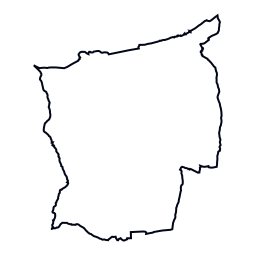 the district of Livezi, Vâlcea, Romania
{"feature_id": "2599482B52258846175967", "entity_name": "Livezi", "entity_type": "district", "adm_level": 2, "iso_a3": "ROU", "parent_name": "Romania", "parent_adm1": "Vâlcea", "projection": "albers", "projection_center": [23.831, 44.84], "detail": "fine", "context": "isolated", "style": "outline", "palette": "ink", "viewbox_px": 256, "rotation_deg": 0, "n_neighbors": 0, "source": "geoboundaries", "source_scale": "gbopen_adm2", "svg_char_len": 5659}
<svg xmlns="http://www.w3.org/2000/svg" viewBox="0 0 256 256"><path d="M216.7,166.8L217.1,163.7L217.1,161.8L217.4,159.3L217.3,155.9L217.8,154.4L218.3,151.7L219.9,150.7L219.7,150.1L220.0,149.8L220.2,148.8L220.0,148.1L219.6,147.5L219.5,147.1L219.9,146.1L220.6,145.1L219.8,142.1L220.0,141.2L220.3,140.5L220.4,139.6L219.6,137.0L219.1,132.7L219.7,130.4L220.0,127.2L220.8,125.4L221.5,122.0L221.5,120.3L221.1,118.2L221.1,117.5L221.6,116.0L221.4,112.1L220.9,108.6L220.4,106.9L219.7,103.4L218.8,101.3L217.6,97.8L217.6,96.7L217.9,95.5L219.3,91.8L218.9,89.0L218.1,87.3L217.5,84.2L216.8,83.0L216.6,82.5L216.6,79.2L216.4,78.3L216.6,77.5L216.6,76.7L217.0,75.0L216.8,72.7L216.2,71.5L215.8,69.8L215.6,69.3L215.4,68.0L215.4,67.6L214.0,66.5L211.2,62.8L209.6,61.2L209.4,60.8L207.8,59.6L207.6,58.9L202.4,56.0L201.9,55.1L202.2,54.9L201.7,54.4L201.8,54.2L201.4,53.1L201.4,52.7L201.0,52.4L201.0,51.9L200.7,51.8L200.7,51.6L200.9,51.2L201.9,51.0L202.3,50.7L202.0,50.0L202.7,49.3L202.3,48.8L203.0,48.2L202.9,48.0L202.0,47.5L200.3,44.3L200.7,43.9L203.7,43.6L205.6,42.5L206.0,42.0L207.2,41.2L208.9,39.9L208.8,39.4L208.3,38.9L208.8,38.4L208.5,38.0L208.5,37.9L212.0,35.8L216.0,34.1L216.9,33.5L218.0,32.6L218.1,31.9L218.8,30.7L219.0,28.0L219.4,25.6L219.3,24.7L219.9,22.1L218.8,19.7L218.3,19.1L217.7,17.9L217.7,16.4L217.5,15.4L216.6,16.1L215.8,16.6L211.6,20.0L209.7,21.2L208.0,20.9L207.2,20.7L206.7,20.2L205.6,20.8L204.9,21.0L200.4,24.6L199.4,25.1L195.2,28.3L191.1,30.6L190.7,31.0L190.0,30.9L190.4,31.3L190.2,31.6L190.6,31.8L190.6,32.2L189.1,31.6L188.7,32.4L185.9,33.9L185.8,34.4L185.6,34.4L185.4,34.1L184.5,34.5L184.4,33.6L184.2,33.8L184.2,34.3L184.0,34.7L181.2,36.0L180.8,36.0L180.5,35.5L178.0,36.0L177.9,35.5L177.4,35.6L177.3,36.4L176.4,36.5L176.1,36.7L175.4,36.8L175.0,36.7L174.4,37.3L174.0,37.0L173.4,37.3L172.7,37.1L170.4,37.8L169.6,38.3L167.6,39.1L164.7,40.0L163.4,39.9L161.2,40.6L160.9,40.9L160.0,40.6L159.1,41.2L158.2,41.5L151.0,43.4L147.8,43.9L144.6,44.8L139.4,44.9L139.2,45.8L138.4,47.0L138.8,48.5L129.0,50.2L108.9,54.3L108.7,54.3L108.5,53.7L108.2,53.2L107.1,52.5L104.4,52.3L102.1,52.8L100.8,52.3L100.1,51.6L98.8,51.0L97.5,51.0L94.3,51.5L93.8,51.6L93.1,52.3L92.4,52.5L90.6,52.3L90.3,51.9L89.2,51.8L88.7,52.5L88.6,53.1L88.3,53.3L88.4,54.1L86.9,53.4L84.9,51.9L82.7,51.9L82.0,51.7L80.2,52.3L78.7,54.1L78.6,54.4L78.8,55.5L80.2,57.6L79.4,58.2L79.6,59.2L78.6,59.7L78.5,60.3L78.3,60.7L72.3,63.9L67.3,66.9L64.2,68.2L55.3,67.4L54.2,67.5L52.2,67.4L48.6,67.6L47.5,68.0L45.7,67.8L43.3,67.7L39.8,68.1L38.4,67.7L34.5,65.7L34.4,65.9L35.1,66.7L36.9,68.3L39.0,70.4L40.3,71.8L41.3,73.7L41.4,74.5L41.3,75.3L40.4,77.0L39.9,79.1L40.0,79.5L41.2,81.0L41.7,82.1L43.4,89.7L44.4,90.9L46.0,91.7L46.5,92.5L46.7,93.2L47.2,94.0L47.6,95.1L47.5,96.4L47.5,97.6L48.4,99.6L48.6,100.6L49.3,101.7L49.7,102.9L49.3,103.6L49.2,105.3L48.7,107.0L49.6,109.3L49.9,110.7L50.0,112.7L50.3,114.2L50.4,115.4L50.1,117.2L49.3,119.1L48.7,119.8L47.1,121.1L46.1,122.3L44.9,123.4L44.0,127.2L43.7,129.9L43.8,131.0L44.6,132.0L45.7,132.6L48.2,134.8L49.0,136.1L49.8,136.5L50.5,137.4L50.7,138.3L51.5,140.1L51.7,141.2L51.7,141.7L52.0,141.9L51.8,142.5L52.9,142.4L52.4,143.6L52.7,144.5L53.2,145.2L52.7,145.4L53.5,146.1L53.5,145.5L53.7,145.4L53.9,145.5L54.2,146.1L54.5,147.5L55.3,148.2L56.2,149.4L56.3,151.4L58.6,154.4L58.4,155.3L58.6,156.0L58.5,156.6L58.9,156.9L58.9,157.4L59.3,157.7L59.6,158.3L59.4,160.0L59.7,161.5L60.1,162.5L60.8,163.7L60.9,164.3L61.2,165.1L61.2,166.0L62.5,167.0L62.7,168.8L63.8,170.9L64.4,172.4L64.8,174.1L66.6,176.6L66.8,177.6L67.1,178.4L67.1,179.5L67.7,180.1L68.0,180.9L67.8,181.4L67.1,182.3L68.0,182.6L68.2,183.2L67.6,184.7L66.7,185.8L65.2,187.2L62.2,188.9L61.6,189.8L60.4,189.8L60.0,190.3L59.8,191.4L59.8,192.9L58.9,193.9L58.7,194.7L58.7,195.5L58.1,197.1L58.2,198.3L57.9,198.8L57.8,199.4L57.0,200.4L56.6,201.3L56.4,202.4L55.8,202.8L55.8,203.7L55.9,204.9L55.8,205.3L55.4,205.9L54.0,206.7L53.6,207.4L53.3,209.7L53.0,210.6L52.5,211.5L52.5,212.1L52.7,212.5L54.4,213.1L55.1,213.8L55.2,214.4L55.1,215.1L55.3,216.0L54.7,218.3L54.1,219.3L53.9,220.2L53.8,220.4L53.3,220.2L53.0,220.3L53.3,221.2L53.1,223.4L52.9,224.0L52.3,224.7L52.2,225.5L52.5,226.4L53.1,227.0L51.9,228.4L51.9,228.8L52.7,228.6L53.6,228.1L54.3,228.3L55.6,228.2L56.7,227.5L57.5,227.6L58.4,227.3L59.3,226.3L60.6,224.1L61.7,223.4L62.2,222.8L67.1,222.9L68.0,223.6L68.5,223.8L70.8,224.3L71.4,224.2L71.6,224.7L75.7,224.8L76.2,224.2L77.1,224.2L78.5,224.5L80.1,225.8L83.8,227.9L85.0,229.2L85.9,230.5L86.5,230.9L88.0,232.5L88.7,232.9L89.4,233.6L91.1,234.1L93.8,236.1L96.1,236.8L98.3,237.7L99.8,238.6L100.8,238.8L102.6,239.7L104.2,239.4L105.5,239.9L108.2,240.2L108.5,239.4L109.9,238.5L110.9,237.6L112.2,236.7L113.2,237.0L115.6,236.7L116.0,238.1L117.3,240.2L118.2,240.2L118.6,239.2L120.6,238.2L121.1,239.0L122.7,240.1L123.9,240.6L127.1,239.3L127.1,238.3L131.0,238.2L130.8,232.1L142.9,231.5L145.3,231.7L145.9,232.1L146.3,232.7L146.1,233.9L153.2,232.5L153.7,232.0L162.4,230.5L170.4,229.8L172.3,229.2L173.1,222.9L174.2,219.8L175.1,218.3L175.4,217.0L175.3,216.3L175.3,214.3L175.9,212.8L176.2,209.7L176.2,208.0L176.8,206.6L177.1,205.2L178.6,202.0L179.0,199.1L179.4,197.8L180.6,191.7L181.0,190.5L180.8,187.8L181.0,186.4L181.4,185.3L182.4,184.5L182.7,183.6L182.8,181.1L182.3,177.9L182.2,175.7L181.4,173.4L181.6,171.3L181.1,170.3L180.2,169.9L180.0,169.6L180.6,168.8L181.0,167.6L182.1,166.8L184.2,167.4L185.0,167.9L186.7,168.2L188.1,168.7L188.3,169.1L189.4,168.9L189.6,169.5L190.0,169.4L190.3,169.0L191.1,169.2L198.0,172.7L199.2,172.6L199.4,172.5L199.2,171.7L199.6,171.0L200.0,169.1L199.9,167.8L200.5,167.4L200.6,167.1L200.2,165.7L203.0,166.7L204.6,166.8L206.9,166.5L208.4,166.1L208.6,167.2L210.5,167.6L212.6,167.6L216.7,166.8Z" fill="none" stroke="#020617" stroke-width="2"/></svg>